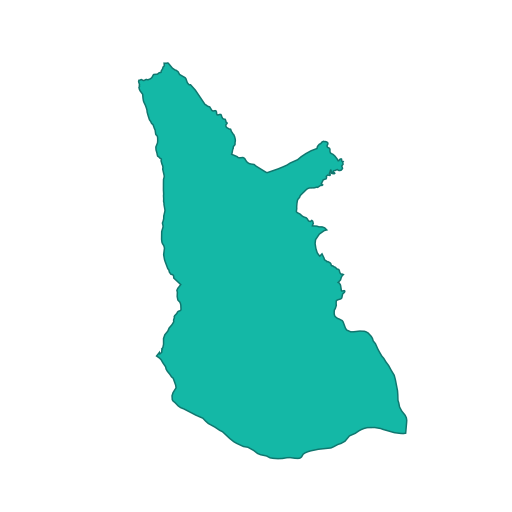 outline of Gonzalez, Cesar, Colombia, rotated 169°
{"feature_id": "7082276B53963329065475", "entity_name": "Gonzalez", "entity_type": "district", "adm_level": 2, "iso_a3": "COL", "parent_name": "Colombia", "parent_adm1": "Cesar", "projection": "orthographic", "projection_center": [-73.381, 8.394], "detail": "fine", "context": "isolated", "style": "filled", "palette": "teal", "viewbox_px": 512, "rotation_deg": 169, "n_neighbors": 0, "source": "geoboundaries", "source_scale": "gbopen_adm2", "svg_char_len": 6103}
<svg xmlns="http://www.w3.org/2000/svg" viewBox="0 0 512 512"><g transform="rotate(169 256 256)"><path d="M345.0,260.4L344.2,258.9L344.1,256.7L343.0,254.3L341.4,253.6L340.7,252.4L340.9,250.0L335.3,242.3L338.9,239.2L340.2,237.4L340.1,235.5L341.1,231.2L341.1,228.1L341.0,227.5L339.5,225.2L339.2,223.4L339.2,221.9L339.8,217.9L340.0,217.4L340.7,216.9L341.3,216.7L342.7,216.6L343.8,215.9L344.7,214.7L347.1,213.0L347.8,212.2L348.0,210.7L348.8,209.6L349.2,208.5L349.3,207.1L351.7,204.5L355.0,201.9L356.9,199.1L360.5,196.1L362.5,192.7L363.6,187.0L364.9,183.9L366.2,182.8L365.9,182.2L366.4,181.7L366.9,179.5L369.1,178.2L369.4,178.8L369.3,179.7L372.7,176.8L370.1,174.1L368.9,172.2L367.8,168.9L365.9,164.5L365.8,162.1L364.9,159.5L363.1,156.2L362.0,153.5L360.6,151.8L359.5,144.6L359.6,141.9L363.5,137.7L365.1,134.8L365.6,130.9L365.1,129.5L363.5,127.6L361.0,123.7L359.0,121.6L355.9,119.6L345.1,111.0L339.1,106.9L337.0,103.6L334.8,100.7L328.9,95.8L324.9,91.8L322.4,89.9L316.6,81.9L313.3,78.0L310.9,75.9L304.7,71.4L300.4,69.8L295.3,65.5L292.2,61.9L289.5,60.1L283.8,57.7L280.7,55.2L277.7,54.1L273.2,52.9L268.8,52.2L264.1,52.1L261.0,51.6L256.6,50.1L253.5,49.3L251.9,49.2L250.9,49.4L249.6,50.1L247.5,52.5L245.3,53.4L242.4,54.0L239.5,54.3L231.7,54.4L219.1,53.3L216.4,53.9L211.5,55.4L208.3,55.8L204.0,57.2L198.6,61.6L192.4,63.0L188.2,64.8L185.9,65.5L182.9,66.1L179.6,66.3L172.2,65.0L166.6,62.9L164.5,61.6L153.9,56.2L147.8,54.2L145.4,53.6L142.9,53.5L140.0,63.6L139.4,65.9L139.3,68.5L140.0,71.2L142.6,76.1L143.9,80.4L143.9,84.5L144.2,87.2L143.3,92.7L142.8,96.7L142.8,108.0L143.1,112.6L145.1,118.0L146.7,123.1L148.8,127.5L150.1,131.1L151.6,133.7L153.1,138.0L154.2,141.5L155.5,147.1L157.2,150.4L157.4,152.8L158.2,155.1L160.6,159.0L162.5,160.6L163.9,161.4L168.4,162.5L174.8,163.0L177.5,163.5L181.1,166.0L182.0,168.2L183.1,174.8L183.7,176.1L186.7,178.5L187.8,179.1L189.6,181.1L190.1,182.0L190.3,183.9L190.0,185.9L189.3,188.2L188.3,189.1L186.6,192.2L186.4,194.1L185.8,196.6L184.6,197.3L181.0,197.7L179.8,198.5L178.2,202.2L176.4,203.3L175.7,204.0L175.6,204.5L175.7,205.0L176.2,205.2L178.5,205.2L178.8,205.6L178.6,210.7L178.7,211.8L179.6,213.8L180.4,214.4L177.6,216.4L176.5,218.5L175.3,220.1L173.8,221.1L174.6,221.7L175.9,222.0L176.3,222.4L176.9,223.8L177.0,226.0L177.4,227.0L179.1,227.9L180.2,229.7L181.6,230.6L182.5,231.7L183.5,231.9L183.8,232.3L184.1,234.4L184.7,235.3L186.4,236.7L186.9,236.9L187.4,236.8L187.9,237.7L189.5,239.3L189.6,240.9L190.8,245.5L193.4,243.7L194.3,245.2L195.3,247.5L195.8,252.0L195.6,257.0L194.4,260.7L189.7,265.4L184.2,267.9L181.6,268.1L183.2,270.5L185.4,271.9L188.6,272.6L190.6,273.7L194.9,274.8L194.4,276.0L193.6,276.8L193.7,279.3L194.5,280.3L196.0,279.5L197.5,280.2L198.1,281.2L198.5,282.5L199.4,283.9L201.9,285.4L203.0,286.4L204.7,288.7L207.1,290.6L207.7,291.3L207.9,292.1L207.0,294.6L206.7,296.5L205.8,299.8L204.8,302.5L204.1,303.6L202.1,305.2L201.1,306.8L200.2,307.5L194.1,311.5L192.5,312.3L190.6,312.6L185.7,311.8L183.2,312.0L182.4,311.6L179.4,312.9L177.6,312.7L177.0,313.1L178.1,314.5L175.4,318.0L172.4,318.4L171.8,319.5L171.8,320.8L170.2,321.8L168.2,321.0L167.7,321.3L167.7,322.0L168.2,323.1L167.0,324.9L166.6,325.9L166.2,326.1L166.0,325.1L166.3,322.9L165.2,322.3L163.6,321.8L162.9,322.2L163.2,322.8L164.6,323.7L163.3,324.9L162.2,324.8L159.8,325.4L158.7,324.3L157.5,323.9L156.0,324.0L154.4,325.3L154.4,326.7L154.7,327.5L154.7,328.0L153.0,329.5L153.1,331.2L152.4,332.1L153.5,332.6L153.9,333.0L153.5,334.7L153.7,335.0L154.5,335.1L155.3,334.9L156.6,333.7L157.3,333.9L157.8,335.7L159.6,339.2L161.0,341.0L163.2,342.8L163.5,344.6L163.1,346.3L163.2,347.4L163.4,347.8L165.0,349.0L165.3,350.0L165.2,350.8L164.1,352.2L163.9,353.2L164.7,354.4L166.3,355.2L167.3,355.3L167.8,355.7L169.3,355.4L171.2,353.9L172.4,353.7L174.1,352.4L175.0,351.4L175.6,349.9L181.8,348.8L187.5,347.0L192.8,344.8L196.7,342.6L204.8,340.7L208.3,339.3L212.2,338.4L217.6,337.3L228.8,335.7L229.9,336.0L238.9,344.3L240.4,346.2L243.3,347.2L245.0,348.0L246.1,349.0L247.0,350.1L247.8,351.8L248.3,353.4L249.0,354.4L250.1,355.2L253.4,355.5L254.9,356.1L255.5,357.1L260.5,360.5L259.8,361.8L258.6,364.9L257.8,366.1L257.5,367.4L256.8,368.2L255.6,369.1L255.3,369.6L254.9,371.5L254.3,373.0L254.1,374.5L254.2,377.0L254.7,379.4L255.4,380.4L255.8,381.7L256.4,382.9L256.7,385.2L257.1,385.5L257.9,385.6L258.3,385.9L259.1,386.7L259.8,387.2L260.6,388.3L260.8,389.3L260.5,390.4L260.1,391.0L259.4,391.4L259.0,391.9L259.2,392.6L259.9,393.2L259.9,395.0L260.2,396.1L261.7,396.6L262.4,397.3L263.0,399.1L263.2,400.9L263.5,401.6L264.4,401.9L266.3,401.7L267.2,402.0L267.5,403.1L267.3,404.8L267.7,406.2L268.4,406.5L270.3,406.5L271.1,406.9L271.6,407.5L273.0,411.2L275.0,412.3L276.0,413.6L277.1,414.4L283.9,430.4L287.6,436.6L288.7,436.7L289.0,436.9L289.9,438.3L290.4,439.5L291.0,443.5L291.5,444.5L296.4,448.8L297.3,451.7L298.9,453.5L299.8,453.9L302.2,456.3L305.4,462.1L306.2,462.4L307.2,462.3L309.4,462.8L309.7,460.4L310.3,459.7L311.1,459.3L312.1,457.4L313.6,455.9L314.1,454.5L314.5,454.3L316.0,454.4L318.1,453.3L321.6,453.7L322.0,453.6L324.3,450.9L326.1,450.0L327.4,449.8L328.2,449.6L329.1,449.8L330.1,450.3L332.6,449.6L333.8,450.1L334.6,451.0L335.2,451.1L336.3,450.7L337.3,450.9L337.9,449.9L337.9,448.6L337.6,446.7L338.0,445.9L337.9,444.9L338.7,444.0L338.7,442.1L338.2,440.1L336.4,436.4L336.8,432.5L336.9,429.8L336.7,428.4L335.8,424.9L335.4,422.3L335.2,420.1L335.4,418.0L335.1,414.2L334.6,410.1L333.7,408.1L333.3,406.4L332.8,405.5L332.2,404.9L331.9,403.9L331.4,400.5L331.0,398.9L331.2,394.7L331.0,394.0L330.5,393.5L330.0,392.3L330.0,390.8L330.5,387.9L331.1,385.8L333.5,382.1L333.9,379.2L333.6,376.0L333.6,374.0L333.5,372.8L332.5,371.8L331.5,370.2L330.5,369.5L330.4,369.1L331.0,367.6L331.0,367.0L330.7,363.6L330.4,362.7L330.4,360.9L331.0,359.0L330.8,352.6L331.0,351.2L332.2,348.7L333.0,344.9L334.3,338.3L334.8,334.5L335.3,332.8L335.7,329.8L336.3,327.2L336.2,325.7L336.5,324.0L336.6,318.4L337.0,317.1L338.9,312.9L339.5,310.2L340.6,307.8L341.6,306.2L341.5,303.5L341.7,302.2L343.9,298.0L345.5,290.4L345.7,287.5L345.4,285.9L344.7,284.2L344.4,282.8L344.4,281.0L346.4,274.9L346.5,270.1L346.3,268.2L345.0,260.4Z" fill="#14b8a6" stroke="#0f766e" stroke-width="1.5"/></g></svg>